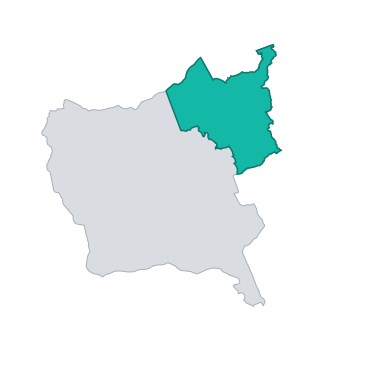 Democratic Republic of the Congo, with Katanga highlighted, rotated 249°
{"feature_id": "COD-1897", "entity_name": "Katanga", "entity_type": "Province", "adm_level": 1, "iso_a3": "COD", "parent_name": "Democratic Republic of the Congo", "parent_adm1": "", "projection": "albers", "projection_center": [26.036, -9.229], "detail": "fine", "context": "in_parent", "style": "filled", "palette": "teal", "viewbox_px": 384, "rotation_deg": 249, "n_neighbors": 0, "source": "natural_earth", "source_scale": "10m", "svg_char_len": 9676}
<svg xmlns="http://www.w3.org/2000/svg" viewBox="0 0 384 384"><g transform="rotate(249 192 192)"><path d="M314.4,248.2L289.1,251.9L289.6,253.4L289.3,254.9L288.7,256.1L286.1,259.2L282.3,262.1L282.2,262.8L284.1,266.0L285.3,270.5L285.0,278.3L285.5,280.4L285.4,282.1L284.1,283.9L281.5,293.3L283.1,297.8L288.1,302.1L290.9,305.3L295.8,306.4L296.6,306.3L296.9,303.7L300.8,302.7L300.6,319.4L300.3,320.4L299.6,320.6L298.7,320.0L298.4,318.4L297.4,317.7L292.6,319.7L291.4,319.7L290.1,319.3L289.2,318.5L288.9,317.2L285.6,312.3L284.0,311.9L282.1,307.5L274.7,304.3L271.8,304.0L270.3,303.0L268.8,299.6L266.3,297.3L265.8,294.9L265.3,294.5L263.8,295.0L262.4,298.9L260.7,299.8L257.7,299.9L250.0,298.8L244.5,296.8L243.0,296.9L240.8,295.1L239.9,292.1L240.4,289.8L240.0,289.4L231.6,291.4L229.6,292.6L227.7,292.3L227.1,291.7L227.9,290.1L227.5,288.3L226.9,287.5L224.4,286.9L223.6,285.1L222.1,284.8L221.6,285.1L221.2,286.3L220.3,286.8L215.3,286.2L210.1,287.9L203.1,287.5L199.8,289.5L199.3,289.4L198.6,288.4L197.9,285.3L198.2,284.4L199.3,283.8L199.6,282.5L199.2,279.2L199.5,278.4L199.1,276.5L198.1,273.5L196.6,271.1L193.4,267.4L192.7,265.7L192.9,261.5L193.9,255.0L193.7,250.1L192.4,247.0L192.0,243.6L192.8,237.4L192.0,236.0L175.9,235.7L175.2,235.2L174.9,234.4L175.6,230.7L165.8,231.8L162.9,232.6L161.1,234.1L160.5,236.0L160.5,238.6L159.1,241.2L158.8,245.5L156.1,246.0L153.4,246.1L148.1,245.3L143.1,246.6L140.6,247.8L139.3,247.3L134.8,247.8L134.2,247.5L128.8,239.1L126.4,236.4L125.9,235.0L126.1,233.7L125.4,232.0L122.9,227.7L122.3,225.7L122.4,222.5L122.1,221.4L119.8,218.7L118.3,217.9L116.7,217.4L90.4,218.6L81.7,218.4L75.4,219.0L72.2,218.8L71.3,218.5L68.4,219.2L66.9,220.4L64.6,221.0L63.2,220.9L60.4,217.8L64.1,217.1L64.3,216.8L64.3,209.3L63.3,208.2L65.2,206.9L68.3,203.4L71.4,202.1L71.8,201.5L72.5,201.5L73.7,202.8L76.4,204.5L79.7,202.8L80.1,202.4L80.4,199.1L81.2,198.8L82.7,199.5L83.5,199.4L84.9,198.5L89.2,196.7L90.5,198.7L89.4,200.6L89.9,201.9L90.1,204.0L90.8,204.4L94.2,204.5L95.2,204.0L101.7,196.4L103.4,195.5L106.2,192.5L109.9,191.0L111.4,188.7L113.5,184.5L114.3,178.5L113.7,168.2L114.0,166.8L118.3,162.1L122.8,153.5L125.9,151.2L128.3,150.3L131.9,147.1L134.7,144.0L134.3,140.3L134.9,137.2L136.4,133.3L136.8,129.1L136.2,124.8L136.3,121.2L138.4,115.5L138.4,109.0L140.3,103.6L144.0,96.6L145.8,91.4L145.3,86.4L145.8,82.7L145.5,80.5L144.7,78.6L145.1,77.4L146.6,76.9L148.4,75.0L151.6,70.0L155.2,67.5L157.7,66.7L160.3,66.7L162.0,67.1L164.8,69.0L168.0,70.5L170.4,72.4L172.8,75.3L178.4,75.9L180.8,77.0L182.3,77.4L182.8,77.1L184.0,77.2L186.6,78.1L188.7,77.6L199.1,79.4L200.3,78.4L203.2,73.2L205.3,71.4L208.9,71.2L211.6,72.2L213.1,72.2L225.8,67.7L227.5,67.5L232.2,68.5L235.2,67.8L236.4,68.0L239.0,67.2L241.1,64.1L242.9,63.4L261.2,66.7L264.0,65.1L265.4,64.9L269.4,66.1L270.7,68.0L273.1,69.7L274.9,72.4L277.6,73.9L278.9,75.3L280.5,76.4L283.9,76.7L288.1,74.3L291.1,74.6L294.1,75.9L295.1,75.9L297.4,74.5L298.6,73.0L299.8,72.7L301.5,73.3L303.0,74.8L304.2,76.9L308.8,81.6L313.1,83.6L314.2,86.4L315.8,86.2L316.6,86.5L317.7,88.3L318.5,88.7L318.7,89.4L317.6,91.1L316.5,94.3L317.8,96.3L316.6,99.2L316.0,102.2L317.4,103.0L319.3,103.0L320.9,104.6L322.3,104.8L323.6,106.5L323.3,107.9L318.9,112.8L312.3,118.7L310.1,119.4L308.9,120.5L308.1,122.2L306.2,123.7L304.7,124.3L304.6,128.7L302.3,133.2L301.5,134.1L300.2,141.4L300.4,142.7L299.2,148.7L299.3,154.4L296.2,156.1L294.0,158.9L293.0,160.8L293.0,165.4L289.5,168.1L289.2,168.8L290.1,172.0L291.3,172.5L291.4,173.6L294.2,177.1L293.9,187.9L294.1,188.9L295.6,191.5L296.5,196.3L295.4,202.5L299.1,213.9L297.4,218.1L298.2,222.0L300.4,226.2L305.8,230.4L307.2,232.1L308.6,234.4L309.8,238.0L314.4,248.2Z" fill="#d9dde1" stroke="#a8b0b8" stroke-width="1"/><path d="M295.6,203.9L296.1,205.1L297.1,207.1L297.7,209.3L299.0,212.5L299.2,213.7L299.1,214.7L297.6,216.9L297.3,217.7L297.3,218.3L297.7,219.8L298.1,222.0L299.4,223.9L300.1,225.8L300.4,226.3L300.8,226.7L302.6,228.2L304.5,229.2L305.6,230.1L307.5,232.4L308.3,233.7L309.3,235.9L310.3,239.9L313.1,244.5L314.1,246.9L314.4,248.2L289.3,251.8L289.0,251.9L289.6,253.4L289.5,254.6L289.0,255.8L287.2,258.1L285.0,260.3L283.7,261.3L281.9,262.2L281.6,262.7L281.8,263.2L283.1,263.6L283.5,263.9L283.8,264.2L283.9,265.2L284.4,265.7L284.6,266.4L285.2,266.5L284.7,266.8L285.0,267.2L285.2,267.8L285.3,268.9L285.5,269.2L285.9,269.4L285.9,269.6L286.3,270.0L286.0,270.1L285.8,270.4L285.7,271.0L285.3,271.8L285.3,274.2L285.1,274.8L284.5,275.8L285.2,276.6L285.3,276.9L285.1,277.6L285.1,278.0L285.5,278.9L285.3,279.5L285.3,280.0L285.8,280.6L285.7,281.2L286.2,281.7L286.1,282.0L285.7,282.4L285.1,282.7L284.2,284.3L284.1,285.4L283.9,286.0L283.5,286.4L283.5,286.9L283.1,287.7L283.3,288.7L283.1,289.1L283.1,289.7L282.6,290.6L282.5,290.9L282.6,291.4L282.2,291.7L281.5,292.8L281.4,293.7L281.7,294.5L282.1,294.9L282.3,295.8L282.3,296.0L282.6,296.4L282.7,297.4L283.2,297.8L283.3,298.4L283.5,298.6L283.9,298.6L284.3,299.2L284.6,299.0L284.8,299.2L285.0,299.7L285.9,300.2L286.1,300.3L286.6,300.2L286.7,300.3L286.8,300.9L287.7,301.5L288.2,302.4L289.0,302.8L289.3,303.3L290.5,305.7L291.0,305.8L291.4,305.6L291.5,305.9L292.4,305.5L293.5,305.5L294.2,306.1L295.0,306.1L295.9,306.6L296.8,306.8L297.1,306.4L297.1,305.9L296.5,305.8L296.1,305.1L296.5,303.9L297.8,303.1L298.2,303.2L298.6,303.5L299.5,303.1L300.0,302.8L300.8,302.7L300.6,320.2L300.4,320.6L299.4,320.6L298.5,320.4L298.2,320.1L298.0,319.5L298.3,319.3L298.4,318.8L298.8,318.6L298.9,318.2L298.8,317.9L298.4,317.9L297.7,317.4L297.4,317.4L297.0,317.5L296.0,318.4L294.1,319.1L292.8,319.9L292.4,320.3L292.2,320.2L291.9,319.7L291.6,319.5L289.8,319.7L289.3,319.1L289.1,318.5L288.7,316.5L288.5,316.3L288.0,316.1L287.9,315.6L287.6,315.5L287.7,314.9L287.4,314.7L287.2,314.1L286.1,312.7L285.5,312.1L284.9,312.0L284.7,312.1L284.4,312.7L284.0,312.7L283.8,312.6L283.8,311.9L283.0,310.9L282.9,310.6L283.4,310.0L283.4,309.6L282.9,308.9L282.3,307.6L280.9,306.5L279.8,306.4L279.1,305.9L278.7,306.0L278.3,306.3L278.0,306.0L277.8,305.6L276.0,305.4L275.9,304.8L275.7,304.5L274.7,304.0L274.3,303.9L273.7,304.4L273.3,304.5L272.1,304.5L271.7,304.4L270.1,302.8L269.5,300.9L269.4,300.3L268.8,299.2L266.3,297.7L266.0,296.5L265.9,295.3L265.8,294.7L265.6,294.4L264.0,294.8L263.5,294.7L263.3,294.9L263.4,296.1L262.9,296.8L262.7,297.4L262.7,298.5L262.4,299.0L261.9,299.5L261.4,299.8L260.8,299.9L259.9,299.9L259.3,300.5L259.0,300.5L258.3,300.1L256.7,299.9L256.2,299.8L255.5,299.2L255.2,299.1L254.2,299.2L253.6,299.5L253.2,299.3L252.7,299.4L251.9,298.9L249.4,298.9L249.1,298.8L248.9,298.4L248.5,298.2L247.6,297.4L246.9,297.6L245.9,297.5L244.5,296.6L243.9,296.5L243.7,296.9L243.4,297.0L243.1,297.2L242.8,297.2L242.6,297.1L242.5,296.9L242.6,296.4L241.6,295.8L241.3,295.5L240.8,295.4L240.5,295.0L240.2,293.9L240.1,293.5L240.4,293.0L239.9,292.0L239.9,291.6L240.3,291.1L240.0,290.7L240.5,290.4L240.5,289.3L240.3,289.2L239.9,289.3L238.6,289.9L237.8,290.1L235.9,290.3L235.3,290.2L233.8,290.9L233.2,291.0L232.2,291.0L231.7,291.2L231.2,291.9L230.6,292.0L230.2,292.7L229.8,292.7L229.2,292.9L228.6,292.9L227.6,292.2L226.6,292.1L226.5,291.8L227.2,291.5L227.9,290.4L228.0,289.5L227.9,289.3L227.5,288.8L227.5,288.6L227.7,288.2L227.6,287.9L226.6,287.2L225.8,287.2L225.0,287.0L224.3,287.2L224.0,285.9L224.1,285.4L223.8,285.2L222.6,284.8L222.1,284.8L221.9,284.9L221.6,285.8L221.1,286.2L220.8,286.8L220.3,287.0L219.2,286.7L217.7,286.7L215.7,286.1L215.2,286.1L214.1,286.3L211.7,287.6L209.3,288.1L208.1,288.0L207.1,287.4L206.7,287.4L205.9,287.9L205.4,288.0L204.3,287.8L202.8,287.2L202.3,287.3L201.9,288.4L201.5,288.8L200.1,289.2L199.4,290.0L199.1,290.2L198.8,290.2L199.0,289.6L199.0,289.1L198.8,287.8L198.5,286.9L198.2,286.7L198.2,286.1L197.7,284.7L198.5,284.0L199.8,283.5L199.8,282.7L199.7,282.2L199.6,280.6L199.2,279.9L199.1,279.6L199.5,278.8L199.7,278.0L198.1,274.8L198.2,274.3L197.5,272.0L196.6,271.3L196.1,271.3L195.3,270.4L195.1,270.0L195.1,269.5L194.7,269.7L194.5,269.2L193.7,268.3L193.3,267.7L192.8,265.4L192.4,264.8L193.2,262.4L193.0,260.5L193.3,257.1L193.6,256.2L193.9,254.3L194.3,253.4L194.0,253.4L194.3,252.3L194.4,251.7L194.2,251.1L193.7,250.2L194.0,249.9L193.4,249.1L193.1,247.6L192.5,246.8L192.3,246.0L191.8,245.6L191.7,245.4L191.6,244.4L191.9,243.9L191.8,243.4L191.9,242.8L192.6,240.5L194.5,241.3L195.2,241.8L196.1,242.3L197.5,242.6L198.4,242.7L201.7,242.4L202.4,242.1L203.1,241.5L203.4,241.5L203.9,241.9L204.2,243.0L204.5,243.5L205.1,243.7L206.0,243.7L207.0,243.9L207.9,243.8L209.9,243.0L210.8,242.4L211.2,244.0L211.5,244.3L211.8,244.4L212.7,243.8L213.2,243.9L213.9,243.9L215.2,244.2L216.4,243.9L217.8,243.9L218.7,243.5L219.2,243.8L219.6,243.7L219.9,243.2L220.3,242.9L221.7,242.8L221.7,242.5L221.3,241.4L221.3,238.7L221.7,238.2L222.0,236.7L222.3,236.4L222.2,236.1L221.7,235.8L221.9,235.1L221.8,234.2L222.0,233.9L222.4,233.6L223.1,232.4L223.9,232.1L224.1,231.9L224.3,231.4L224.1,231.3L224.3,231.1L223.9,230.6L224.0,230.4L224.4,230.3L224.3,229.9L224.1,229.7L224.8,229.7L225.2,229.8L225.4,230.1L225.4,231.0L225.6,231.2L227.3,232.1L228.0,232.3L228.5,232.3L228.8,232.1L229.2,231.4L230.4,231.2L231.4,230.4L232.6,229.9L234.6,228.4L234.7,227.3L235.0,226.9L235.4,226.7L236.9,226.6L237.9,226.7L238.9,227.1L239.9,227.9L240.1,228.0L241.9,227.3L242.3,226.4L242.3,225.8L243.0,225.4L243.0,225.1L242.8,224.9L241.4,225.0L241.3,224.9L240.9,224.7L239.9,223.6L239.4,223.0L239.8,222.5L240.3,222.1L241.3,222.1L242.7,222.4L243.1,222.3L243.9,221.9L244.8,221.7L246.4,220.3L246.7,220.1L247.4,220.2L248.6,220.6L248.8,220.9L248.9,221.5L249.2,221.7L249.5,221.7L250.3,221.0L251.5,221.1L251.8,220.9L252.0,220.6L252.0,220.2L251.6,219.2L251.5,218.9L252.0,217.7L251.9,216.5L251.9,214.7L251.7,214.0L250.9,213.3L250.5,212.5L250.9,211.6L251.6,210.7L250.9,209.4L250.8,208.9L251.3,207.6L252.5,205.9L253.3,203.7L295.6,203.9Z" fill="#14b8a6" stroke="#0f766e" stroke-width="1.5"/></g></svg>